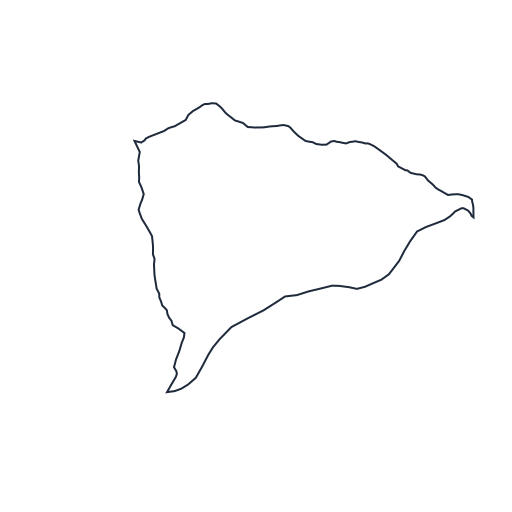 outline of Barzhong, Chirang, Bhutan, rotated 212°
{"feature_id": "84629894B8862847881254", "entity_name": "Barzhong", "entity_type": "district", "adm_level": 2, "iso_a3": "BTN", "parent_name": "Bhutan", "parent_adm1": "Chirang", "projection": "mercator", "projection_center": [90.069, 26.941], "detail": "fine", "context": "isolated", "style": "outline", "palette": "slate", "viewbox_px": 512, "rotation_deg": 212, "n_neighbors": 0, "source": "geoboundaries", "source_scale": "gbopen_adm2", "svg_char_len": 2378}
<svg xmlns="http://www.w3.org/2000/svg" viewBox="0 0 512 512"><g transform="rotate(212 256 256)"><path d="M266.6,118.2L262.5,116.1L260.7,114.2L259.9,111.0L259.7,103.1L259.3,93.4L253.4,98.3L249.1,103.8L246.5,109.0L245.5,111.0L242.5,120.8L242.9,129.7L243.0,132.9L244.1,147.0L244.1,156.0L242.7,166.5L239.2,182.7L229.9,198.9L220.6,214.3L212.4,231.6L209.9,237.1L200.6,244.5L192.4,254.1L184.2,262.4L175.7,271.2L169.7,274.7L160.7,278.8L153.0,281.6L147.3,287.6L141.5,296.1L137.2,302.2L133.6,311.0L132.0,327.8L132.9,338.6L133.1,350.2L132.4,362.2L127.3,370.5L115.2,386.4L112.4,392.6L111.2,397.0L110.8,399.2L107.0,405.4L105.3,406.5L100.0,406.9L96.5,405.7L94.4,404.3L92.0,404.0L95.3,409.1L97.1,412.0L99.0,414.3L101.7,416.9L102.7,418.3L107.2,418.6L112.7,417.2L115.6,416.2L117.9,415.2L122.6,411.9L125.5,409.5L130.7,409.3L133.9,409.2L136.7,409.0L138.6,409.1L140.4,409.2L142.2,409.9L145.2,410.5L148.0,410.9L150.4,411.2L153.0,412.3L155.2,413.0L157.5,412.8L159.9,412.1L163.1,410.4L169.0,408.4L173.0,408.8L174.8,407.9L183.0,407.3L185.6,408.8L200.0,410.8L208.5,411.4L213.8,411.7L216.4,411.5L219.0,411.2L221.0,410.7L222.8,409.4L226.5,408.4L228.1,407.6L232.7,405.9L234.3,404.4L236.7,402.5L239.4,399.1L243.3,397.6L246.0,396.7L248.1,395.6L250.4,395.1L253.0,392.9L255.3,387.7L259.4,385.1L264.3,382.9L268.4,382.5L270.5,381.5L275.0,379.8L283.9,380.3L289.7,381.5L295.1,383.1L297.3,383.3L301.8,381.8L304.3,379.9L307.1,377.4L312.1,373.8L314.1,372.2L316.5,370.1L318.0,368.9L325.3,364.2L329.4,362.1L331.1,361.0L337.5,361.9L342.0,360.8L345.7,359.8L355.8,360.9L358.2,361.4L362.9,363.0L365.6,363.6L370.6,364.2L374.5,362.1L377.0,359.7L380.0,357.7L381.3,355.7L383.3,351.0L386.2,345.7L388.1,339.9L387.7,334.1L393.8,322.8L395.8,320.7L398.1,317.8L400.2,313.3L407.6,303.4L409.9,300.3L411.7,297.2L411.8,295.0L413.5,291.4L420.0,289.2L409.7,282.6L406.4,274.5L404.5,272.2L402.8,270.2L399.5,264.6L396.6,260.6L394.6,256.9L389.6,253.6L384.0,249.0L382.4,243.3L381.7,239.0L380.1,233.1L377.7,231.0L372.5,227.0L365.1,223.4L357.8,219.5L354.7,217.7L352.4,214.8L349.3,210.8L347.2,207.7L344.3,202.8L340.5,199.8L338.0,194.7L335.0,190.4L332.6,186.9L329.4,183.0L322.9,175.6L318.1,172.8L316.1,169.7L312.3,167.0L309.2,164.3L305.5,163.6L302.8,162.7L300.4,159.9L297.0,157.6L293.4,156.3L290.0,153.2L283.9,153.4L275.9,152.8L274.0,148.8L273.0,143.2L270.7,134.9L269.0,125.9L266.6,118.2Z" fill="none" stroke="#1e293b" stroke-width="2"/></g></svg>